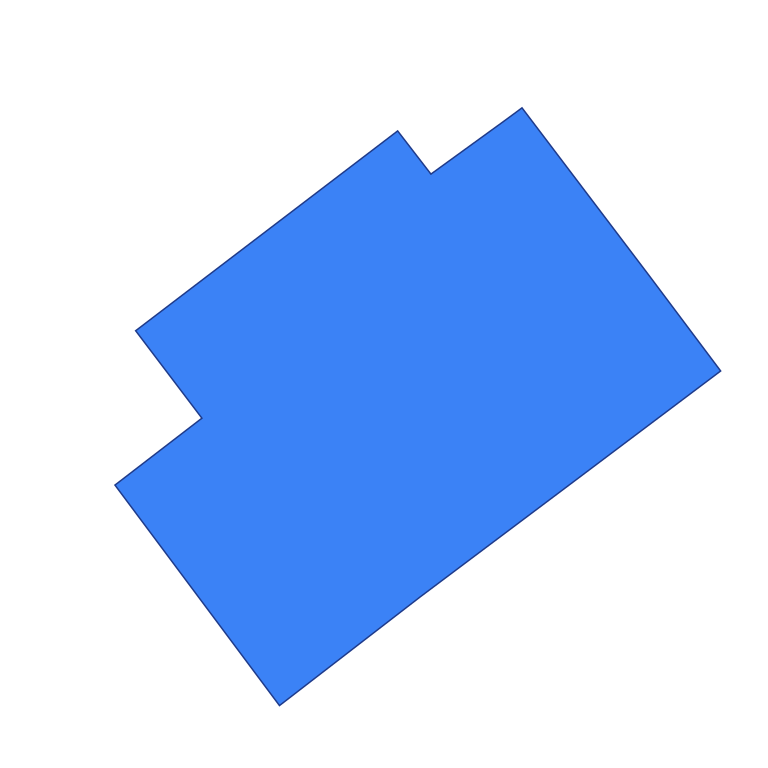 Calhoun, Mississippi, United States of America, rotated 233°
{"feature_id": "52423323B64202112169449", "entity_name": "Calhoun", "entity_type": "district", "adm_level": 2, "iso_a3": "USA", "parent_name": "United States of America", "parent_adm1": "Mississippi", "projection": "albers", "projection_center": [-89.309, 33.942], "detail": "fine", "context": "isolated", "style": "filled", "palette": "blue", "viewbox_px": 768, "rotation_deg": 233, "n_neighbors": 0, "source": "geoboundaries", "source_scale": "gbopen_adm2", "svg_char_len": 327}
<svg xmlns="http://www.w3.org/2000/svg" viewBox="0 0 768 768"><g transform="rotate(233 384 384)"><path d="M465.2,108.3L190.1,107.0L192.2,285.0L191.9,477.5L191.8,660.7L310.5,661.0L521.5,660.4L521.7,639.8L523.4,547.8L577.9,547.2L576.0,217.7L466.3,218.0L465.2,108.3Z" fill="#3b82f6" stroke="#1e3a8a" stroke-width="1.5"/></g></svg>